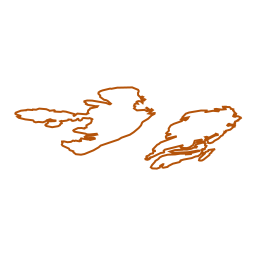 the district of Træna nor, Norway
{"feature_id": "86288312B36206301754919", "entity_name": "Træna nor", "entity_type": "district", "adm_level": 2, "iso_a3": "NOR", "parent_name": "Norway", "parent_adm1": "", "projection": "robinson", "projection_center": [12.061, 66.501], "detail": "fine", "context": "isolated", "style": "outline", "palette": "amber", "viewbox_px": 256, "rotation_deg": 0, "n_neighbors": 0, "source": "geoboundaries", "source_scale": "gbopen_adm2", "svg_char_len": 5937}
<svg xmlns="http://www.w3.org/2000/svg" viewBox="0 0 256 256"><path d="M132.2,87.4L117.2,87.7L111.4,88.8L110.1,88.6L102.6,90.4L100.4,91.2L98.6,92.4L98.4,93.7L100.2,95.5L100.1,96.9L104.1,99.8L105.9,100.1L107.6,100.9L110.9,103.7L110.3,104.2L109.3,104.3L106.2,103.0L92.1,100.6L87.2,100.5L84.4,101.2L84.3,101.8L86.0,103.1L86.0,103.5L86.4,103.7L86.1,104.1L87.5,104.8L95.5,106.2L97.7,106.2L97.2,106.9L90.1,108.4L89.4,109.7L88.6,109.9L88.0,111.0L87.9,112.4L88.3,113.2L86.9,113.4L86.7,113.6L87.0,113.9L86.2,114.3L77.3,113.6L74.5,115.8L73.9,115.9L73.7,115.7L74.9,114.6L74.7,114.2L66.0,111.7L62.9,111.3L60.9,111.9L55.0,111.6L54.5,111.5L54.7,110.5L54.2,110.2L49.5,110.8L48.8,110.2L46.2,109.2L39.2,108.6L36.1,109.7L32.8,109.5L32.5,110.0L27.7,109.7L26.0,110.1L26.6,110.6L25.5,110.2L20.9,110.7L15.9,112.6L15.4,113.2L15.4,113.8L16.6,114.6L20.4,115.8L20.3,116.3L17.6,116.9L18.8,117.8L25.4,119.4L32.9,120.3L33.4,120.6L34.0,121.7L35.7,122.3L38.5,121.9L42.9,122.3L45.8,121.3L46.7,120.3L50.1,119.2L52.6,120.2L56.3,120.6L54.9,121.1L48.2,121.4L47.7,123.3L45.6,124.5L45.4,125.2L46.3,126.0L52.2,127.2L58.1,126.2L59.9,125.2L60.1,124.3L61.8,123.3L61.5,122.4L60.3,121.3L61.5,120.9L62.1,121.2L66.7,120.6L68.2,120.0L68.4,119.5L71.4,119.7L71.7,120.6L72.9,120.9L75.9,120.2L77.4,118.9L78.3,118.9L78.6,119.9L79.0,120.3L80.3,120.6L81.8,119.8L82.6,118.3L83.7,118.0L88.3,118.4L89.6,118.1L91.9,118.9L92.3,119.2L91.5,120.0L91.7,121.0L90.9,122.9L86.4,125.4L86.6,127.4L84.7,127.9L84.7,128.4L84.3,128.6L81.7,128.0L77.9,128.1L73.6,130.1L73.3,130.6L74.4,131.7L85.6,133.7L86.7,134.3L89.2,134.5L97.5,133.7L96.6,134.3L96.9,134.6L91.2,135.8L86.0,136.0L85.0,136.7L85.3,136.9L85.2,137.3L86.0,137.7L87.8,138.1L93.8,137.8L94.8,138.3L94.8,138.8L90.1,140.0L88.7,139.4L87.7,139.5L81.2,138.4L80.7,139.2L80.9,140.1L80.2,140.2L80.7,141.0L79.4,141.3L75.7,140.6L74.4,141.0L73.0,140.6L70.9,141.9L67.5,142.2L63.9,141.4L62.0,141.5L62.0,142.1L62.6,142.7L61.8,144.6L62.6,145.7L68.9,148.6L69.5,149.9L70.2,150.3L73.4,151.3L73.4,152.3L75.9,154.2L81.0,154.7L84.5,154.0L93.5,150.3L98.7,147.3L100.6,145.6L118.4,139.6L121.5,137.7L129.9,134.7L133.7,132.2L138.7,128.0L141.0,125.4L142.1,122.7L142.8,121.9L148.2,118.7L151.6,115.4L154.5,113.9L154.7,113.1L154.2,113.0L150.3,113.8L148.6,113.5L152.8,110.1L151.5,109.1L150.9,109.8L149.8,110.0L146.8,107.7L146.4,108.0L147.3,108.5L147.0,108.6L148.9,110.7L147.0,111.2L144.6,109.9L137.0,110.4L134.0,108.4L135.1,106.8L134.8,106.5L135.0,106.3L134.0,105.9L134.6,104.2L136.3,103.4L137.8,103.7L137.2,102.6L136.5,102.5L136.4,102.1L136.9,101.6L138.4,101.1L140.6,101.3L142.6,103.0L142.7,102.5L141.4,101.1L144.1,100.5L145.1,99.5L144.2,99.1L141.9,99.4L141.2,99.0L140.9,98.4L141.4,98.0L140.8,97.5L142.6,97.5L143.1,97.0L142.3,96.6L140.8,97.0L139.7,96.7L138.1,95.0L138.0,92.8L138.6,91.8L138.7,90.9L138.1,89.8L132.2,87.4ZM226.2,106.7L222.9,106.8L223.0,107.5L222.7,107.6L223.9,107.8L225.6,108.8L225.7,109.2L221.7,109.6L216.2,108.9L214.8,109.1L214.9,109.8L219.0,110.6L218.4,111.3L213.0,110.8L206.1,112.0L205.5,112.0L205.6,111.2L207.6,110.5L201.2,110.5L189.1,112.5L185.8,113.7L182.5,117.2L182.9,117.9L182.3,118.0L181.7,118.7L188.5,117.3L187.6,118.8L185.6,120.3L184.5,120.0L185.4,119.3L183.8,119.4L181.2,120.9L181.4,121.2L173.9,123.8L170.7,125.5L168.7,128.5L168.9,130.7L166.2,133.3L166.9,134.1L171.2,134.0L166.2,136.0L165.8,136.8L166.2,138.1L167.4,138.4L175.8,136.4L176.7,136.5L160.6,142.5L158.7,144.1L157.3,144.7L153.0,149.2L153.3,149.9L152.9,150.1L153.0,150.5L155.7,150.8L153.5,151.7L153.1,152.2L153.0,153.3L150.4,153.9L148.5,155.6L146.6,156.2L146.3,157.0L147.5,158.2L145.4,158.9L145.5,159.3L147.2,159.8L148.8,159.4L149.6,158.8L148.9,158.5L150.5,157.3L152.2,157.1L160.7,153.0L163.8,152.5L164.2,152.0L163.7,150.8L164.8,149.7L183.3,145.1L180.5,147.0L181.6,148.0L181.4,148.8L181.7,148.9L181.3,149.2L181.6,149.8L175.0,150.1L170.0,151.6L172.0,152.5L174.0,152.8L188.2,152.2L197.7,150.6L200.3,150.7L190.1,153.3L191.7,154.0L185.8,154.4L185.6,153.6L180.0,153.7L175.2,154.4L167.7,154.7L162.3,156.1L159.8,157.4L158.4,159.0L155.3,161.0L154.9,161.9L152.1,165.0L150.8,167.3L152.2,168.4L156.9,168.6L159.8,167.5L160.2,165.8L162.9,164.2L163.3,164.2L163.2,164.8L161.3,166.2L162.0,166.4L162.5,167.5L163.5,167.7L167.6,166.9L168.4,166.0L172.9,163.7L179.5,162.1L180.3,161.4L180.1,161.2L180.6,160.4L183.9,159.5L191.7,158.1L195.5,156.5L198.1,156.1L200.5,154.4L201.1,153.3L204.2,154.1L199.5,158.3L199.0,160.3L199.9,160.6L201.9,160.5L203.6,159.6L209.4,155.0L209.7,153.8L211.4,152.6L211.6,151.8L212.7,150.9L212.9,150.2L215.1,149.1L208.7,150.0L208.3,150.3L208.2,151.1L205.6,152.0L204.6,153.2L202.2,152.8L201.8,152.5L202.4,151.3L201.6,150.1L203.0,149.7L202.2,149.4L202.4,149.1L204.6,149.0L205.6,146.8L206.1,146.8L206.5,145.9L205.0,145.2L205.1,144.0L205.6,143.5L205.4,143.2L202.9,142.6L196.2,144.3L195.0,146.3L196.8,146.7L196.4,147.5L193.7,147.6L191.4,148.7L187.2,149.6L182.3,149.5L182.0,148.8L182.8,148.0L187.0,148.1L189.6,147.3L193.3,144.9L193.5,144.0L194.3,143.2L193.9,143.2L194.7,140.8L201.5,139.6L201.8,139.9L198.3,140.9L197.2,142.1L198.6,142.4L204.3,141.7L205.3,140.8L205.5,140.2L205.2,140.2L205.1,139.6L206.3,138.1L205.3,137.1L206.7,136.8L208.4,137.5L209.7,137.3L215.1,134.5L215.8,133.7L217.8,134.4L217.8,135.0L215.1,135.5L207.2,139.6L207.3,140.6L207.7,141.0L208.1,142.9L210.0,143.2L212.6,142.4L214.6,140.7L218.5,138.6L221.0,136.0L222.6,135.3L224.1,132.8L224.6,132.9L225.2,132.3L225.0,132.0L225.6,132.1L225.9,131.6L225.2,131.5L225.8,130.8L230.4,129.6L233.7,126.7L234.6,126.7L234.8,126.0L234.0,125.9L234.7,125.5L234.4,125.2L229.8,125.4L228.1,125.9L227.3,125.3L228.4,124.0L229.1,123.8L231.1,124.6L233.7,124.7L235.1,124.0L235.1,122.5L234.7,122.5L235.1,121.6L237.9,120.6L237.6,120.3L240.1,118.6L239.8,118.5L240.6,117.5L238.2,116.3L236.6,116.2L235.1,116.8L233.6,116.5L233.2,116.2L233.4,115.8L234.4,115.5L234.6,115.0L233.1,114.4L235.9,114.4L236.2,113.8L234.1,111.8L233.6,110.5L233.1,110.4L233.3,109.3L230.8,108.8L230.7,108.1L229.6,107.1L226.7,107.0L226.2,106.7Z" fill="none" stroke="#b45309" stroke-width="2"/></svg>